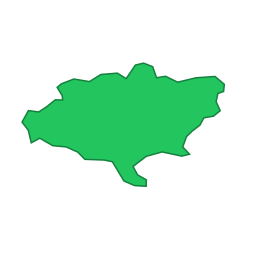 Khanka, Khorezm, Uzbekistan, rotated 169°
{"feature_id": "79887680B75905541481130", "entity_name": "Khanka", "entity_type": "district", "adm_level": 2, "iso_a3": "UZB", "parent_name": "Uzbekistan", "parent_adm1": "Khorezm", "projection": "mercator", "projection_center": [60.745, 41.441], "detail": "fine", "context": "isolated", "style": "filled", "palette": "green", "viewbox_px": 256, "rotation_deg": 169, "n_neighbors": 0, "source": "geoboundaries", "source_scale": "gbopen_adm2", "svg_char_len": 774}
<svg xmlns="http://www.w3.org/2000/svg" viewBox="0 0 256 256"><g transform="rotate(169 128 128)"><path d="M25.1,152.5L32.8,162.0L51.7,164.3L70.5,163.5L81.3,171.6L90.4,171.9L92.1,183.5L100.3,188.7L108.7,188.4L120.4,176.8L128.0,183.9L144.4,185.7L157.0,180.9L171.8,186.4L185.0,184.1L189.8,181.4L186.4,172.3L186.8,168.0L194.1,169.5L204.2,164.2L212.6,160.8L222.4,164.1L230.9,154.0L226.3,144.8L225.8,131.9L216.6,134.8L205.2,125.0L192.3,121.2L181.8,113.8L176.4,105.5L157.6,101.1L149.8,97.9L142.1,76.7L132.5,70.2L121.3,67.3L119.9,73.6L127.5,80.1L130.4,89.3L115.5,96.7L99.1,98.0L80.5,90.1L72.6,90.5L77.9,98.9L72.2,108.4L65.1,113.0L56.8,117.1L51.6,123.5L41.9,123.3L34.2,127.4L36.5,137.1L33.2,144.7L27.2,145.6L25.1,152.5Z" fill="#22c55e" stroke="#15803d" stroke-width="1.5"/></g></svg>